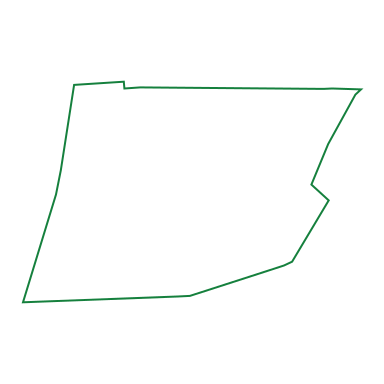 Wyoming, Pennsylvania, United States of America (Mercator projection)
{"feature_id": "52423323B85035932341435", "entity_name": "Wyoming", "entity_type": "district", "adm_level": 2, "iso_a3": "USA", "parent_name": "United States of America", "parent_adm1": "Pennsylvania", "projection": "mercator", "projection_center": [-75.987, 41.514], "detail": "fine", "context": "isolated", "style": "outline", "palette": "green", "viewbox_px": 384, "rotation_deg": 0, "n_neighbors": 0, "source": "geoboundaries", "source_scale": "gbopen_adm2", "svg_char_len": 365}
<svg xmlns="http://www.w3.org/2000/svg" viewBox="0 0 384 384"><path d="M23.0,302.3L41.3,301.6L177.6,296.5L189.9,295.9L268.3,270.6L284.0,265.5L292.1,261.7L328.7,200.4L311.4,184.6L328.2,144.0L355.4,94.6L361.0,89.4L332.1,88.5L323.4,88.9L140.2,87.4L124.4,88.5L123.8,81.7L74.1,84.9L60.8,170.4L56.0,194.5L23.0,302.3Z" fill="none" stroke="#15803d" stroke-width="2"/></svg>